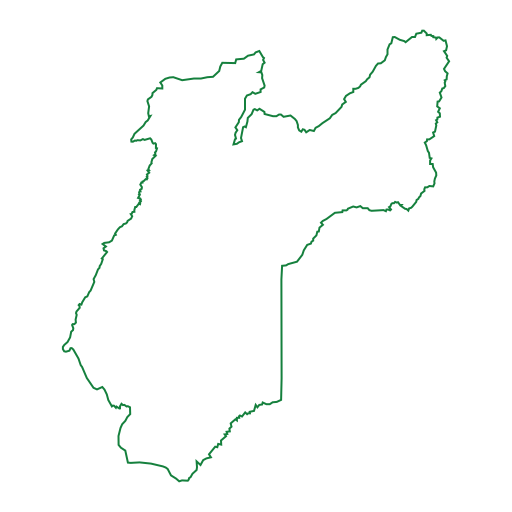 Kailahun, Eastern, Sierra Leone (orthographic projection)
{"feature_id": "65957751B248885957650", "entity_name": "Kailahun", "entity_type": "district", "adm_level": 2, "iso_a3": "SLE", "parent_name": "Sierra Leone", "parent_adm1": "Eastern", "projection": "orthographic", "projection_center": [-10.677, 8.06], "detail": "fine", "context": "isolated", "style": "outline", "palette": "green", "viewbox_px": 512, "rotation_deg": 0, "n_neighbors": 0, "source": "geoboundaries", "source_scale": "gbopen_adm2", "svg_char_len": 5971}
<svg xmlns="http://www.w3.org/2000/svg" viewBox="0 0 512 512"><path d="M182.0,480.4L187.8,480.7L188.8,479.5L189.0,478.2L190.6,477.1L192.5,473.7L196.6,470.0L197.0,467.2L196.6,461.4L200.5,465.0L203.2,460.1L206.4,458.4L210.9,457.3L209.0,454.3L215.2,446.7L217.3,447.2L218.2,443.9L221.2,444.6L221.0,440.5L226.0,436.2L224.7,434.4L227.3,434.0L226.6,431.8L229.8,431.4L229.4,428.6L231.5,426.7L230.7,423.4L235.4,419.3L236.9,420.4L236.9,417.8L239.2,417.8L239.0,416.3L239.9,415.5L242.0,416.5L245.2,412.4L247.1,414.2L248.2,413.3L249.9,413.3L249.7,411.8L254.0,410.9L255.7,404.9L257.4,407.3L259.3,404.9L262.1,404.5L262.7,402.5L266.4,404.2L269.8,404.2L272.6,402.3L276.8,401.9L281.1,399.9L281.6,378.4L281.4,279.4L282.1,265.8L286.1,265.4L288.2,264.1L297.0,261.7L302.3,254.8L303.8,250.3L307.2,244.9L310.9,243.6L311.5,241.7L313.2,240.6L313.2,238.6L316.4,235.4L317.3,231.7L318.8,231.5L319.5,227.6L322.9,224.8L321.0,222.7L322.7,221.0L326.5,219.0L334.9,212.8L342.3,212.1L342.6,210.4L346.4,210.4L347.5,209.7L347.9,208.7L353.2,206.5L356.6,207.4L360.3,206.1L362.8,208.2L367.7,208.2L369.4,210.2L371.6,210.8L383.5,210.1L385.9,211.2L386.5,209.5L388.0,209.5L390.1,210.4L391.0,209.5L389.1,207.1L390.4,206.3L391.4,203.9L392.3,203.2L394.0,203.2L395.1,201.9L396.8,202.6L398.0,202.2L400.0,205.0L401.5,205.0L400.8,205.8L405.1,208.8L406.6,209.0L408.3,210.6L409.1,208.4L411.1,207.8L412.3,206.7L416.2,201.9L416.6,200.0L418.3,198.9L419.0,197.4L420.4,196.1L421.1,193.5L424.5,190.9L424.3,189.2L425.1,187.3L427.3,187.3L429.4,186.0L433.2,186.4L434.5,183.4L434.3,181.4L434.9,178.6L436.3,175.4L436.1,172.6L433.1,167.2L432.7,164.0L430.1,164.0L430.1,160.5L431.4,158.4L429.7,157.9L429.0,152.8L427.8,151.0L426.1,145.2L424.8,142.6L426.9,141.1L427.1,139.4L429.3,139.4L434.2,136.1L433.1,132.5L435.0,131.6L436.3,125.4L435.8,123.6L437.3,122.3L436.1,120.2L437.3,119.5L437.4,117.6L440.0,116.7L439.8,113.3L438.1,111.8L439.8,108.3L437.2,106.4L437.6,101.6L439.1,101.4L441.5,97.5L439.8,92.6L441.3,91.3L442.3,88.5L443.8,88.1L445.3,86.1L444.7,82.7L445.3,81.6L444.7,80.3L446.6,79.4L446.8,76.2L447.6,73.4L445.1,71.2L444.0,68.9L449.1,61.3L446.6,57.7L447.2,55.9L444.0,51.2L446.1,50.3L447.0,46.2L445.5,40.4L443.6,40.8L439.3,37.4L437.8,37.4L436.3,38.9L436.1,37.6L433.3,37.2L433.3,36.1L431.4,35.9L430.8,34.8L426.7,35.2L426.7,33.5L423.9,30.7L422.2,30.7L421.4,32.7L416.3,33.7L415.0,37.0L412.0,37.0L405.6,42.2L404.3,41.1L399.8,39.8L394.7,37.0L392.8,37.2L391.3,43.3L389.6,44.3L387.5,49.5L387.5,54.3L385.9,57.1L384.8,60.3L380.8,63.3L378.0,63.5L375.9,65.9L372.7,71.7L370.1,74.7L369.5,77.3L367.1,79.3L365.8,81.2L360.9,84.7L360.1,86.4L358.4,87.9L355.6,88.8L353.3,88.8L353.3,92.0L349.9,93.3L346.0,95.9L344.1,99.1L345.8,101.9L342.2,104.5L341.5,106.9L335.6,113.1L332.2,114.9L329.8,118.3L322.5,123.1L318.8,126.1L315.6,127.8L313.9,131.0L309.7,130.0L306.2,132.3L304.5,129.8L302.8,129.3L301.3,131.7L299.2,130.4L297.9,127.4L297.9,125.0L296.6,121.1L294.9,119.0L290.5,115.5L283.6,116.8L280.9,114.5L279.1,114.5L276.4,116.2L273.0,116.2L264.6,114.0L264.4,111.9L259.5,108.8L257.2,110.4L254.8,109.1L253.5,109.7L251.6,114.2L247.8,117.9L247.4,121.6L245.9,127.2L244.6,126.5L243.1,127.2L241.0,138.0L242.0,141.2L239.0,142.3L236.9,143.8L233.5,144.4L235.0,139.3L236.0,138.6L235.0,134.9L235.6,132.7L237.3,130.2L235.4,127.4L238.8,122.2L239.0,119.8L241.2,117.0L245.0,109.7L245.0,98.7L246.9,95.5L250.6,94.2L252.5,92.2L255.3,93.8L260.6,92.0L260.6,89.4L264.2,87.5L264.6,85.6L262.1,78.2L262.3,75.0L261.4,72.4L258.9,72.2L261.2,70.9L262.7,64.2L264.6,62.7L263.1,59.9L264.0,58.0L262.9,57.1L259.3,51.0L255.6,52.4L254.0,54.4L248.0,55.7L243.9,58.7L236.2,59.4L235.2,63.1L222.3,62.8L220.3,66.5L219.2,71.0L213.0,76.8L207.4,77.2L201.1,78.5L194.1,78.5L182.2,80.2L173.3,77.2L169.6,77.5L165.3,78.8L160.3,82.5L162.3,85.5L162.3,88.5L157.0,88.2L156.3,89.9L152.5,93.1L152.4,95.0L151.5,96.8L147.9,99.4L147.4,101.1L149.1,106.4L148.2,113.2L148.9,116.4L150.4,116.0L147.7,120.5L145.7,122.0L143.5,125.6L134.5,133.8L132.8,137.5L131.2,139.4L131.4,141.6L132.9,141.7L135.0,140.5L136.1,140.8L137.4,140.2L140.4,140.4L142.9,139.1L144.6,139.9L150.1,138.3L151.3,139.5L152.6,142.8L153.4,143.6L155.2,143.2L156.0,144.2L155.9,148.0L157.0,148.3L156.0,151.5L155.0,152.4L155.4,154.3L154.2,155.1L155.6,155.8L152.3,159.0L151.4,162.3L151.7,163.3L149.7,165.5L148.3,169.2L149.1,170.3L147.6,170.6L149.2,172.7L146.9,174.5L147.5,176.1L146.7,176.9L147.5,178.1L146.8,179.4L145.7,179.1L143.6,181.2L142.6,181.5L142.5,182.6L141.4,182.5L140.3,184.6L141.9,187.1L141.7,188.8L140.1,189.7L140.5,191.3L139.6,191.3L139.1,192.4L139.5,193.5L139.0,194.3L139.8,194.8L138.1,197.9L140.3,198.5L140.9,199.8L140.0,200.3L140.8,201.4L139.5,202.4L140.2,203.2L140.0,204.2L138.8,203.7L136.3,207.0L135.2,207.0L134.3,210.2L134.4,211.8L132.5,212.0L131.6,213.9L130.8,214.1L132.2,216.2L131.1,218.6L127.6,220.9L127.1,222.4L125.9,223.5L123.6,224.1L122.0,226.3L119.9,227.2L117.9,229.4L115.1,233.5L115.8,234.8L114.2,235.4L111.9,240.6L109.1,242.3L104.3,242.9L102.6,244.0L105.9,246.5L103.5,248.3L104.0,250.4L106.4,251.2L107.1,252.0L101.8,258.5L102.8,259.2L101.2,263.9L99.7,266.1L99.5,267.8L98.0,269.4L95.8,275.1L93.6,279.1L94.3,281.9L90.6,290.6L89.2,292.1L87.3,296.4L85.2,297.3L82.2,302.3L81.4,304.6L79.6,304.0L78.7,305.1L79.5,306.0L79.7,307.8L76.5,311.5L76.0,313.1L76.7,314.9L75.6,319.6L75.9,322.6L74.4,324.1L72.7,324.1L72.1,325.0L73.3,328.2L73.0,330.1L71.2,331.7L70.1,337.4L67.5,342.1L64.3,344.9L62.9,346.9L62.9,349.1L64.2,351.3L65.9,351.7L69.4,350.7L70.5,348.2L71.7,348.1L73.3,349.5L78.5,358.6L80.7,365.1L82.1,367.0L86.8,378.0L93.5,387.8L97.0,389.4L102.3,387.0L104.5,389.6L106.8,394.4L108.3,400.0L111.9,406.4L112.8,405.6L114.0,405.7L115.9,407.8L116.5,406.6L119.4,408.5L120.0,408.4L120.0,406.3L121.5,403.8L122.9,405.1L124.4,404.9L126.6,406.5L127.8,406.2L130.0,407.3L130.2,414.1L127.3,417.1L125.3,420.9L122.2,424.2L120.5,428.0L118.5,436.0L118.6,444.9L120.9,447.7L125.3,450.6L127.9,462.6L130.6,462.9L139.5,462.4L151.0,463.6L162.9,466.4L165.7,467.5L167.7,469.0L171.0,475.4L176.1,478.6L179.2,481.3L182.0,480.4Z" fill="none" stroke="#15803d" stroke-width="2"/></svg>